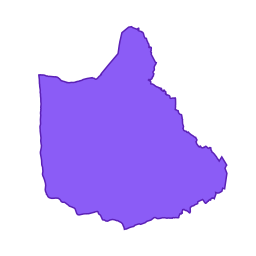 Bikita, Masvingo, Zimbabwe (Equal Earth projection), rotated 171°
{"feature_id": "62879985B26822606878793", "entity_name": "Bikita", "entity_type": "district", "adm_level": 2, "iso_a3": "ZWE", "parent_name": "Zimbabwe", "parent_adm1": "Masvingo", "projection": "equal_earth", "projection_center": [31.804, -20.202], "detail": "fine", "context": "isolated", "style": "filled", "palette": "violet", "viewbox_px": 256, "rotation_deg": 171, "n_neighbors": 0, "source": "geoboundaries", "source_scale": "gbopen_adm2", "svg_char_len": 5624}
<svg xmlns="http://www.w3.org/2000/svg" viewBox="0 0 256 256"><g transform="rotate(171 128 128)"><path d="M218.9,75.3L218.5,74.9L217.7,72.6L216.7,71.5L214.6,70.5L212.3,70.2L210.1,70.1L209.1,69.8L208.0,69.6L206.5,68.2L205.9,67.1L205.5,65.9L204.6,65.1L204.2,64.9L202.2,64.5L201.2,63.5L200.0,62.2L199.4,61.7L198.1,60.0L196.2,59.0L193.4,57.2L192.9,56.4L192.0,51.6L191.6,50.8L190.9,50.1L189.6,49.8L184.9,50.1L180.2,49.5L174.2,50.1L173.8,50.3L171.7,50.4L171.2,50.3L171.0,50.2L170.7,49.6L170.6,48.6L170.1,47.3L169.3,46.8L168.7,45.8L167.6,41.7L167.4,41.3L166.9,41.0L165.6,40.8L164.6,39.7L162.9,39.2L162.1,39.3L160.4,39.9L157.8,40.1L155.8,39.5L153.3,38.1L152.9,38.2L152.5,38.1L151.5,37.1L149.6,35.8L149.0,35.0L148.4,34.1L148.0,32.2L147.5,30.5L147.4,28.5L147.0,28.6L145.3,28.5L142.2,29.4L139.5,29.8L138.4,29.8L137.7,29.9L136.3,30.9L133.5,31.4L131.8,31.6L131.0,31.0L130.5,30.9L125.8,31.8L123.9,32.9L119.7,33.5L116.7,35.2L116.1,35.4L114.9,35.2L113.5,34.1L112.7,33.8L110.5,33.7L107.6,34.0L106.8,33.7L105.9,33.7L103.6,32.8L102.4,32.9L100.6,32.4L99.1,32.2L98.4,32.0L98.2,32.0L97.8,32.4L97.2,32.4L96.0,32.0L95.0,32.1L93.1,31.6L92.2,31.5L91.9,31.6L91.7,32.6L90.9,33.7L90.3,35.0L89.7,35.1L89.3,34.8L88.9,34.8L88.6,35.7L88.4,35.7L88.0,35.3L87.7,35.4L87.6,35.9L87.7,36.7L87.7,37.1L87.5,37.5L87.0,37.9L86.8,38.8L86.3,38.7L85.5,38.9L85.0,38.3L84.1,37.5L83.4,37.5L82.5,36.7L82.0,36.4L80.6,34.6L80.3,34.5L79.9,34.9L79.5,35.8L79.1,39.2L78.7,40.0L77.8,40.3L77.2,40.8L75.2,41.0L74.1,41.7L71.1,42.4L70.9,42.8L70.7,43.9L70.4,44.3L65.5,45.7L64.6,44.1L64.0,42.6L63.3,41.6L62.9,41.5L61.7,42.2L60.9,43.1L60.2,43.1L59.5,43.9L58.7,44.5L58.4,44.5L58.1,43.9L57.7,43.9L57.3,44.9L56.2,45.6L55.8,45.6L55.4,45.3L55.1,45.4L55.0,45.6L54.5,45.5L54.2,45.0L53.9,45.0L53.8,44.8L51.5,49.0L51.5,50.6L49.7,49.7L48.1,49.7L45.2,50.8L43.9,53.7L42.1,52.8L37.4,67.7L38.5,73.0L36.9,75.4L36.3,75.9L39.9,84.8L43.1,81.1L43.8,82.7L44.0,82.8L44.1,83.3L44.4,83.6L45.3,86.0L45.6,86.4L46.5,88.1L46.7,88.6L47.5,89.6L48.0,90.4L48.9,91.2L48.9,92.1L49.4,92.9L49.4,95.6L50.4,95.9L51.3,95.2L51.8,95.6L52.3,95.7L53.4,97.3L54.0,97.8L54.7,97.6L55.4,96.9L55.9,97.2L57.0,96.7L57.5,96.7L58.6,97.2L59.3,98.8L59.7,98.8L60.3,98.1L60.5,98.1L61.1,98.7L62.7,101.8L62.7,102.6L63.0,103.7L62.0,104.8L62.0,105.2L61.8,105.8L62.6,107.5L62.7,107.8L62.6,108.1L63.9,108.8L64.8,109.9L66.7,111.5L68.4,113.4L69.1,114.6L70.1,114.3L70.6,114.7L70.9,115.6L72.6,116.3L73.3,117.0L73.5,117.6L73.5,118.5L73.8,119.0L73.3,119.8L72.9,120.9L73.4,123.6L73.0,127.3L72.8,127.9L73.1,129.2L72.9,130.1L73.0,130.9L73.0,132.5L73.3,132.9L73.9,133.1L74.8,133.7L75.2,134.3L75.7,135.3L75.7,136.9L75.8,137.3L76.7,137.6L77.3,138.2L78.4,138.8L78.4,139.1L78.2,139.4L78.1,140.2L77.7,141.6L77.6,142.7L77.3,143.8L77.0,145.7L76.5,149.4L76.6,150.3L77.0,150.4L77.5,150.1L78.8,150.6L80.2,150.5L81.4,150.6L81.6,150.8L81.8,151.1L81.7,152.6L82.1,153.4L82.8,154.0L83.5,154.2L84.0,154.6L84.8,154.7L85.0,155.1L85.0,155.6L85.4,155.6L85.6,155.9L85.6,156.2L85.2,156.8L85.0,157.7L86.0,158.8L86.1,159.4L86.3,159.7L86.4,159.8L86.8,159.7L87.0,158.8L87.3,158.7L87.7,158.9L88.7,159.8L88.6,160.9L88.9,161.8L89.1,161.7L89.2,161.1L89.6,160.9L89.9,161.3L89.9,162.2L90.1,162.6L91.5,163.0L91.9,163.6L93.6,164.4L94.3,165.2L95.0,165.7L95.7,166.7L97.2,167.7L98.5,168.0L98.6,168.8L98.3,169.6L98.4,170.8L98.7,171.2L99.4,171.2L100.3,172.2L99.7,172.7L98.9,172.2L98.4,172.2L98.1,172.5L97.1,172.6L96.3,173.5L96.2,173.9L96.2,174.2L95.8,174.3L95.5,175.0L94.8,175.4L94.5,176.6L94.1,177.1L94.0,177.4L94.0,177.7L94.4,178.1L94.6,178.8L94.6,179.2L94.4,179.7L93.0,181.1L92.8,181.8L92.7,183.8L92.5,184.3L91.7,185.6L90.4,187.0L89.9,188.1L90.4,188.2L90.8,189.0L93.5,197.0L93.5,197.4L93.2,198.3L93.1,198.9L93.3,199.3L93.7,199.6L93.7,200.0L93.0,200.8L92.9,202.0L92.6,202.7L92.5,203.5L92.5,203.9L93.1,204.4L93.6,204.4L94.1,204.1L94.4,204.1L94.7,204.3L94.7,204.8L94.3,205.4L94.3,206.0L94.4,206.3L94.4,207.8L94.7,208.2L95.0,208.9L95.1,209.6L95.7,211.8L95.8,213.4L96.0,213.7L96.2,213.9L96.7,213.9L97.2,214.2L97.7,215.9L98.0,219.0L98.4,220.0L99.2,220.4L99.3,221.0L100.1,221.3L101.9,222.2L102.7,222.8L102.7,223.1L102.2,223.3L101.9,223.6L101.8,224.3L101.9,224.9L102.2,224.9L103.2,224.4L104.1,224.3L104.4,224.5L104.7,224.8L105.4,225.1L107.8,226.5L108.2,227.0L108.7,227.3L108.7,227.5L111.6,227.5L119.1,223.1L122.5,214.6L123.8,210.8L126.2,203.0L136.1,194.5L145.8,185.9L145.9,185.6L146.0,184.9L146.5,185.1L147.4,184.0L148.6,183.4L150.2,182.0L151.4,181.3L152.6,181.3L153.5,182.3L154.7,182.7L155.4,183.1L155.7,183.1L155.7,183.3L160.6,183.3L164.7,182.9L166.3,182.3L168.5,182.1L168.8,181.9L171.2,181.9L171.6,181.7L172.4,181.7L172.6,181.5L174.9,181.5L176.8,181.9L179.1,181.9L180.5,182.3L180.9,182.3L180.9,182.5L181.7,182.7L182.0,183.1L182.7,183.3L184.1,184.1L184.9,184.3L185.4,184.7L186.5,185.1L187.1,186.1L187.4,186.3L187.9,187.3L188.8,188.1L189.0,188.5L190.3,189.5L191.2,189.7L191.4,189.9L192.1,189.9L197.4,191.3L198.1,191.3L198.8,191.5L199.3,191.9L200.4,192.1L201.6,192.9L202.2,193.1L202.7,193.5L204.3,193.7L204.5,193.9L205.4,193.9L205.7,194.1L206.7,194.1L206.7,194.3L207.8,194.3L208.0,189.7L208.5,185.9L208.5,184.6L208.7,182.9L208.7,179.1L209.2,176.8L209.1,175.3L209.4,173.3L209.5,171.0L210.0,167.5L210.1,165.4L211.0,161.8L210.9,161.0L211.3,159.9L211.3,159.0L211.8,157.6L212.1,156.3L212.2,154.2L213.2,150.0L213.7,145.6L214.7,143.3L214.9,141.5L215.0,139.8L215.2,139.0L215.5,131.8L216.2,129.0L216.3,126.0L216.2,124.3L216.8,121.9L218.3,118.0L218.5,116.5L218.4,112.3L218.4,109.8L218.9,105.2L218.8,104.2L218.5,102.9L218.7,100.4L218.8,98.6L219.7,95.9L219.6,94.1L219.2,92.9L218.6,89.9L218.2,86.3L218.3,84.1L219.4,80.1L219.4,78.4L218.8,76.0L218.9,75.3Z" fill="#8b5cf6" stroke="#5b21b6" stroke-width="1.5"/></g></svg>